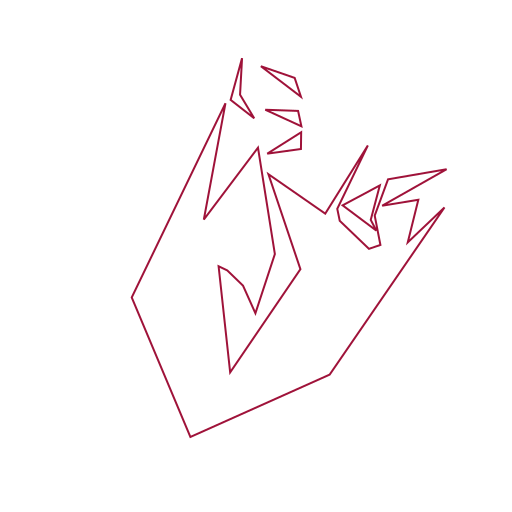 Hordaland, Robinson projection, rotated 127°
{"feature_id": "NOR-913", "entity_name": "Hordaland", "entity_type": "County", "adm_level": 1, "iso_a3": "NOR", "parent_name": "Norway", "parent_adm1": "", "projection": "robinson", "projection_center": [5.687, 60.257], "detail": "coarse", "context": "isolated", "style": "outline", "palette": "rose", "viewbox_px": 512, "rotation_deg": 127, "n_neighbors": 0, "source": "natural_earth", "source_scale": "10m", "svg_char_len": 769}
<svg xmlns="http://www.w3.org/2000/svg" viewBox="0 0 512 512"><g transform="rotate(127 256 256)"><path d="M152.4,372.3L258.3,319.6L168.3,319.6L243.1,242.1L302.1,222.0L287.5,248.5L284.8,270.3L286.7,279.7L364.5,206.6L239.8,212.6L183.2,295.3L180.5,226.2L100.4,233.2L169.4,219.5L177.5,210.3L182.3,170.1L172.3,163.3L152.3,185.5L115.3,196.7L72.0,156.0L139.9,185.5L113.4,160.2L153.8,143.0L103.8,134.7L306.4,125.8L440.0,199.5L363.9,330.3L152.4,372.3ZM163.3,175.2L163.4,217.3L125.1,199.6L158.1,186.1L163.3,175.2ZM106.4,386.2L136.8,365.8L147.1,340.3L146.6,370.2L106.4,386.2ZM125.1,297.8L133.6,336.6L114.8,309.7L125.1,297.8ZM143.5,284.5L167.5,308.6L130.0,294.4L143.5,284.5ZM101.8,315.9L101.5,366.3L90.5,332.3L101.8,315.9Z" fill="none" stroke="#9f1239" stroke-width="2"/></g></svg>